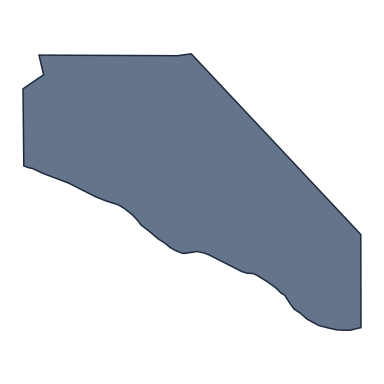 outline of Massac, Illinois, United States of America
{"feature_id": "52423323B63666596327818", "entity_name": "Massac", "entity_type": "district", "adm_level": 2, "iso_a3": "USA", "parent_name": "United States of America", "parent_adm1": "Illinois", "projection": "equal_earth", "projection_center": [-88.699, 37.201], "detail": "fine", "context": "isolated", "style": "filled", "palette": "slate", "viewbox_px": 384, "rotation_deg": 0, "n_neighbors": 0, "source": "geoboundaries", "source_scale": "gbopen_adm2", "svg_char_len": 694}
<svg xmlns="http://www.w3.org/2000/svg" viewBox="0 0 384 384"><path d="M304.3,316.7L307.2,319.3L318.5,325.4L329.1,328.2L337.0,329.9L342.4,330.2L350.1,330.2L361.0,327.6L360.8,234.5L191.2,53.8L177.5,55.7L39.0,55.1L43.6,74.7L23.0,88.8L23.8,166.0L29.3,167.9L32.3,168.4L43.2,173.5L68.8,183.2L95.4,196.7L106.2,201.0L118.0,204.7L124.4,208.5L132.4,214.9L138.2,221.1L140.9,224.9L149.0,231.1L158.5,239.2L163.9,242.4L170.1,247.5L174.6,250.1L181.3,252.9L183.8,253.5L197.4,251.5L204.0,253.0L208.8,254.8L241.8,271.6L247.1,273.2L252.8,273.5L256.4,275.0L267.6,281.9L275.5,287.6L281.1,293.1L284.7,295.2L290.6,304.5L294.3,309.3L300.0,313.0L304.3,316.7Z" fill="#64748b" stroke="#1e293b" stroke-width="1.5"/></svg>